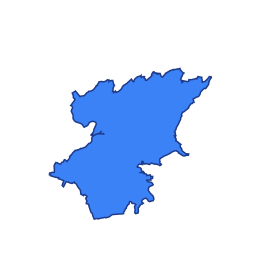 Aiud, Alba, Romania, rotated 129°
{"feature_id": "2599482B674041573443", "entity_name": "Aiud", "entity_type": "district", "adm_level": 2, "iso_a3": "ROU", "parent_name": "Romania", "parent_adm1": "Alba", "projection": "natural_earth1", "projection_center": [23.671, 46.302], "detail": "fine", "context": "isolated", "style": "filled", "palette": "blue", "viewbox_px": 256, "rotation_deg": 129, "n_neighbors": 0, "source": "geoboundaries", "source_scale": "gbopen_adm2", "svg_char_len": 5788}
<svg xmlns="http://www.w3.org/2000/svg" viewBox="0 0 256 256"><g transform="rotate(129 128 128)"><path d="M146.6,186.6L146.3,185.8L146.5,184.5L147.4,183.7L149.2,183.3L150.7,182.6L152.6,178.7L155.3,176.6L156.1,174.3L156.1,172.5L154.5,168.4L154.0,166.3L155.0,162.6L151.5,161.0L147.8,161.4L146.0,160.5L144.6,159.0L143.9,157.0L144.3,155.7L145.5,154.9L150.3,153.7L152.5,152.5L154.2,152.3L156.7,152.4L156.7,151.4L155.6,151.1L156.2,150.4L155.0,149.9L153.1,148.9L150.8,147.4L150.5,147.2L150.6,146.8L150.3,146.5L148.9,146.8L146.9,146.6L148.9,146.8L150.3,146.4L148.1,143.5L147.9,143.5L148.0,143.2L150.7,146.8L150.8,147.3L153.1,148.8L156.2,150.3L156.4,150.1L157.3,150.1L158.9,149.7L160.4,148.2L161.5,147.8L162.8,147.7L163.8,148.0L164.7,148.7L169.7,149.1L173.8,151.6L173.7,151.9L176.6,153.0L176.5,153.3L176.8,153.5L178.9,154.7L178.8,155.0L182.5,155.3L185.0,155.0L185.3,155.1L185.3,155.4L186.2,155.4L187.1,155.3L187.3,154.8L188.6,154.4L192.5,154.4L192.2,156.4L192.7,157.5L195.0,157.0L196.7,157.9L197.8,157.6L198.5,157.8L199.1,158.7L199.6,161.3L200.3,162.4L201.6,162.0L201.8,162.2L203.6,161.8L208.0,157.9L208.9,157.4L209.9,158.5L210.2,159.2L211.3,159.6L212.3,160.6L212.6,160.5L213.2,159.7L213.8,159.6L213.3,157.9L213.7,157.7L212.9,155.8L211.8,153.1L210.3,150.6L211.2,150.2L209.3,144.8L214.0,143.1L214.3,142.1L214.3,141.1L208.7,142.3L207.5,140.0L207.5,139.2L206.4,136.8L206.2,136.5L203.9,135.7L204.4,135.2L204.0,133.3L205.7,128.8L206.1,126.3L208.3,123.6L209.1,123.2L208.6,120.0L207.2,120.2L206.8,116.9L207.9,116.5L209.1,116.7L210.1,115.2L210.5,114.0L211.3,113.8L213.0,112.9L212.1,110.6L213.7,108.6L216.4,104.4L217.0,103.2L216.8,102.4L217.3,101.3L218.3,100.2L220.1,96.9L218.1,95.5L217.5,94.1L216.9,93.5L215.2,92.5L213.8,91.1L212.1,89.8L211.7,88.8L211.4,88.4L208.5,86.5L206.5,86.2L205.2,85.7L200.0,80.3L198.4,78.4L197.3,77.6L195.8,78.5L194.5,78.5L192.4,79.1L191.5,78.8L190.9,79.3L187.8,79.8L186.5,79.3L185.1,80.2L183.9,80.3L183.4,78.8L184.0,77.7L183.8,76.9L182.6,75.4L182.6,73.7L184.2,73.7L185.1,73.4L187.0,71.1L189.7,69.3L189.7,68.1L187.7,66.7L185.9,67.7L183.7,69.8L182.9,69.6L180.5,70.0L178.8,69.7L178.2,69.1L176.8,68.8L176.9,70.7L175.8,71.5L173.7,71.4L171.4,70.1L171.2,68.2L171.9,66.4L171.8,65.1L168.6,62.7L167.1,63.1L165.7,64.6L165.0,66.3L164.7,69.6L163.8,72.8L161.7,74.3L160.0,74.5L157.1,72.8L156.1,72.9L155.4,75.3L157.0,78.4L157.2,79.6L156.8,80.6L155.4,79.2L154.2,77.4L153.0,78.5L151.8,77.2L150.3,78.2L150.6,78.4L150.4,78.7L151.5,79.8L150.4,81.0L150.5,81.3L153.1,83.5L152.5,83.9L152.3,85.0L153.4,86.8L152.6,87.2L154.5,90.0L153.5,89.5L152.8,88.3L152.3,88.4L152.3,89.1L152.7,89.6L152.5,90.9L151.4,92.1L151.2,93.1L151.7,94.9L152.5,95.9L152.4,96.5L149.7,96.8L148.7,96.2L147.1,93.5L145.6,94.3L146.3,95.0L146.7,95.1L145.2,96.1L144.6,95.4L145.5,94.1L145.4,92.1L144.6,91.9L144.2,91.4L143.0,88.6L142.5,88.2L140.6,87.8L139.7,85.5L139.2,84.3L138.7,84.2L138.2,82.8L137.3,81.5L137.3,79.8L136.9,79.4L136.0,79.1L135.2,79.2L135.2,81.2L135.0,81.5L133.9,82.0L133.0,83.3L131.5,83.8L127.2,82.3L123.6,80.4L120.6,79.1L119.6,79.0L116.4,77.3L115.3,76.3L115.3,75.6L115.0,73.4L115.6,73.1L115.0,67.9L114.2,66.5L112.7,65.6L111.2,64.0L110.0,64.5L111.6,66.8L111.7,70.8L111.5,71.9L110.3,73.4L110.0,74.2L110.2,74.7L109.5,75.8L108.2,76.7L107.4,76.6L107.9,78.8L107.4,79.3L107.6,80.0L107.6,81.8L107.9,82.1L107.6,82.3L107.6,83.0L107.3,83.4L106.6,83.3L106.0,84.3L105.7,85.9L105.0,85.6L104.0,86.0L104.5,86.3L104.7,87.1L103.5,87.0L101.7,88.4L101.5,89.1L101.6,89.5L99.7,89.7L98.4,90.0L97.6,90.6L92.4,91.5L89.7,92.3L88.5,92.4L87.3,93.2L86.3,93.6L84.9,93.7L85.0,93.9L84.8,94.2L82.9,95.4L81.6,95.2L81.4,95.5L80.0,94.7L74.2,93.5L73.3,94.1L69.6,94.3L68.5,93.5L67.7,93.7L67.4,93.6L66.6,92.8L64.4,95.6L60.7,94.1L59.2,93.0L56.7,93.2L54.6,94.1L53.6,94.2L49.5,93.8L49.1,93.6L48.6,92.5L47.0,92.5L43.4,92.8L42.1,93.7L39.4,94.7L36.3,95.0L35.9,95.8L36.9,97.2L37.7,97.0L40.4,97.1L43.6,97.6L45.6,99.2L44.4,100.2L43.2,101.8L42.2,102.5L44.0,106.0L44.8,105.8L45.4,105.4L46.3,105.5L46.1,106.0L46.4,106.2L47.3,106.5L49.6,108.4L50.1,108.6L52.1,111.1L53.4,110.2L54.6,111.1L56.6,114.9L57.8,114.4L58.8,114.6L58.3,115.4L57.3,116.1L57.2,116.4L57.5,117.0L57.0,117.6L55.4,118.3L53.2,118.7L51.9,119.3L50.1,119.1L50.4,120.1L50.3,121.9L49.9,123.1L50.1,123.8L49.0,125.1L51.0,126.4L51.0,126.8L52.4,127.7L53.6,129.1L54.1,129.1L54.1,129.6L55.2,130.2L55.8,130.8L56.7,131.0L57.1,131.5L58.1,131.6L58.8,132.3L59.8,132.1L60.2,132.6L61.2,132.8L61.8,133.3L62.4,133.0L63.9,133.2L65.4,133.1L66.9,133.4L66.8,135.4L66.1,136.1L65.4,137.3L65.4,137.6L66.7,138.0L66.5,138.7L67.3,139.0L67.0,139.5L67.9,139.9L67.8,140.2L67.5,140.2L67.4,140.5L67.9,141.3L68.1,141.2L68.9,142.6L68.0,143.0L68.5,143.7L70.9,143.5L71.7,143.2L72.2,142.4L73.5,142.7L74.6,142.5L76.3,143.1L78.9,143.4L79.7,143.9L79.9,144.4L79.0,145.2L78.9,145.7L79.2,146.6L78.7,146.9L78.7,147.1L78.2,147.6L77.8,147.5L77.8,147.8L78.8,148.8L80.3,149.4L80.1,150.2L78.9,150.9L80.2,151.3L81.8,152.6L83.4,153.2L86.0,153.5L87.3,153.2L88.5,152.7L88.7,153.7L87.9,156.1L93.5,156.9L96.2,157.6L97.0,158.1L99.2,158.3L101.3,157.8L102.5,157.8L105.5,158.3L106.7,159.1L106.8,159.4L106.7,159.5L107.4,159.3L107.7,159.5L107.3,160.2L107.6,160.6L107.4,161.0L108.1,160.9L108.2,161.3L109.5,161.5L108.9,162.1L108.8,162.5L109.3,163.0L107.2,164.0L106.6,164.5L104.4,165.3L103.4,165.3L103.0,166.8L102.4,167.4L100.7,169.8L101.2,170.1L101.5,170.8L101.9,170.9L102.7,171.7L103.7,172.0L102.6,172.5L102.7,173.1L103.4,173.9L103.5,174.4L105.2,174.6L107.1,175.7L107.8,176.4L108.6,178.0L110.4,179.6L111.8,179.1L112.1,179.2L114.2,179.0L114.3,178.6L114.8,178.8L114.8,179.1L115.5,179.3L117.0,178.8L117.7,179.0L119.1,178.9L121.4,179.4L124.0,181.1L124.3,181.7L125.1,181.6L126.9,182.2L130.4,182.3L133.1,184.8L133.8,184.9L132.3,192.1L136.0,193.3L137.3,190.8L138.9,189.5L138.9,187.7L139.1,187.7L139.4,187.0L146.6,186.6Z" fill="#3b82f6" stroke="#1e3a8a" stroke-width="1.5"/></g></svg>